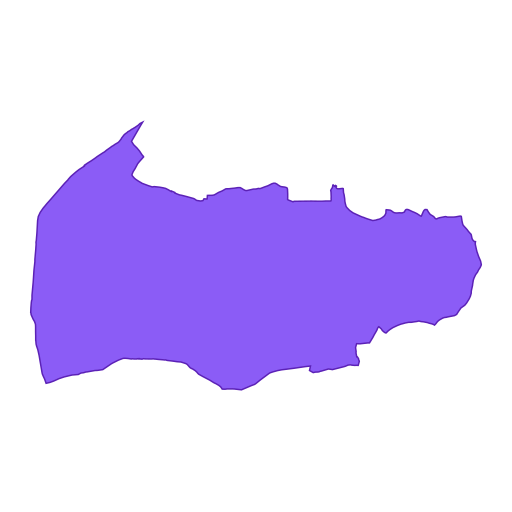 outline of Bang Khen, Bangkok Metropolis, Thailand
{"feature_id": "78962969B44452950449651", "entity_name": "Bang Khen", "entity_type": "district", "adm_level": 2, "iso_a3": "THA", "parent_name": "Thailand", "parent_adm1": "Bangkok Metropolis", "projection": "mercator", "projection_center": [100.635, 13.871], "detail": "fine", "context": "isolated", "style": "filled", "palette": "violet", "viewbox_px": 512, "rotation_deg": 0, "n_neighbors": 0, "source": "geoboundaries", "source_scale": "gbopen_adm2", "svg_char_len": 6000}
<svg xmlns="http://www.w3.org/2000/svg" viewBox="0 0 512 512"><path d="M475.5,241.6L474.2,241.4L473.2,240.5L472.4,239.3L472.0,238.4L471.3,235.0L471.0,234.2L470.1,233.3L468.5,231.5L467.1,229.6L465.4,227.7L464.0,226.2L463.0,224.9L462.6,223.7L462.0,221.0L461.3,216.4L461.0,216.2L460.3,216.1L459.3,216.2L455.5,216.9L453.2,217.1L447.6,217.1L445.7,216.6L445.3,216.6L439.6,217.7L438.0,218.2L436.9,218.8L436.1,218.9L435.3,218.5L434.0,216.9L433.6,216.5L430.2,214.4L428.5,212.2L427.0,209.6L425.1,209.5L424.0,210.4L423.3,211.6L421.4,216.0L421.2,216.2L420.4,215.9L417.1,213.7L414.4,212.4L412.2,211.5L408.7,209.8L407.8,209.5L406.7,209.4L406.0,209.6L405.5,210.0L404.9,210.9L404.4,212.0L402.5,212.8L401.4,212.9L399.5,212.8L396.8,213.0L395.3,212.9L393.8,212.5L392.9,211.9L391.4,210.8L390.3,210.2L389.2,210.0L386.2,209.7L386.0,210.1L385.9,213.1L385.2,214.6L384.7,215.4L383.9,216.3L381.9,217.8L380.0,218.9L378.7,219.3L377.6,219.5L375.8,220.1L373.1,220.5L372.6,220.5L367.5,218.9L366.1,218.4L365.8,218.3L363.6,217.4L362.5,217.1L360.3,216.2L353.1,212.9L349.7,210.5L347.0,207.7L346.1,206.5L345.2,203.1L344.8,201.0L344.8,200.1L344.7,198.8L344.1,194.8L343.5,192.5L343.3,189.4L343.2,188.6L342.6,188.4L339.0,188.8L338.1,188.8L337.3,188.7L336.6,188.3L336.1,187.6L336.1,186.9L336.5,186.2L336.4,186.0L335.5,185.4L335.3,185.5L335.0,186.2L334.6,186.3L333.1,184.9L332.8,185.2L332.6,186.6L332.3,187.7L331.1,189.5L330.7,190.5L331.0,191.9L331.2,197.1L331.1,198.1L331.2,199.9L330.9,200.9L330.3,201.0L326.0,201.0L322.4,201.2L317.6,201.2L311.3,201.1L294.2,201.3L293.8,201.4L293.0,201.8L288.3,200.0L287.6,199.5L287.7,197.8L287.7,193.9L287.5,189.4L287.3,188.5L287.0,187.9L286.2,187.5L284.8,187.1L281.7,186.7L280.4,186.4L277.7,184.7L277.0,184.1L275.1,183.2L273.7,183.2L272.0,183.7L267.8,185.8L264.6,186.9L260.7,188.4L259.7,188.6L258.4,188.4L256.1,189.0L253.3,189.1L247.1,190.5L246.3,190.6L245.1,190.4L243.1,189.3L241.9,188.5L240.2,187.6L238.0,187.6L234.8,188.1L230.8,188.5L229.4,188.7L226.1,188.8L225.5,189.0L222.2,190.9L218.6,192.4L214.3,194.9L212.4,195.3L207.4,195.4L207.1,198.9L206.4,199.0L204.0,198.8L203.3,200.0L202.9,200.6L202.5,200.7L201.3,200.9L200.4,201.0L196.6,200.4L194.6,199.0L193.6,198.5L186.8,196.6L181.7,195.3L179.5,194.9L174.9,193.1L174.9,192.5L171.4,191.0L171.2,191.5L168.4,189.8L165.6,188.4L163.1,187.8L159.7,187.2L154.2,186.6L152.2,186.9L148.2,185.6L143.1,183.7L141.4,183.0L141.2,182.7L139.4,181.7L137.8,180.7L135.7,179.3L134.4,178.2L132.3,175.8L132.0,175.1L132.0,174.6L132.3,173.7L133.2,171.6L135.1,168.6L136.7,165.6L137.7,163.7L139.5,161.5L143.6,156.9L143.5,156.5L142.0,154.8L139.5,151.0L136.8,147.8L133.9,145.0L133.3,144.2L131.5,141.3L140.8,125.2L142.6,122.2L140.0,123.5L138.1,125.3L136.0,126.7L135.1,127.4L134.4,127.7L133.1,128.6L131.5,129.4L129.8,130.7L127.9,131.7L127.0,132.6L125.4,133.7L124.1,134.8L121.5,138.2L121.2,138.9L120.4,140.0L119.0,141.7L118.0,142.6L115.2,144.2L112.6,146.0L111.9,146.3L110.2,147.6L106.5,150.2L104.4,152.0L103.4,152.5L97.0,156.7L95.6,157.8L91.4,160.7L87.1,163.4L85.8,164.4L85.5,164.4L84.3,165.4L84.6,165.8L84.5,166.0L79.1,169.5L75.9,172.0L71.1,176.2L70.2,177.1L68.2,179.4L68.0,179.8L64.7,183.2L49.7,200.5L47.0,203.5L43.1,208.2L40.2,212.4L38.3,216.5L37.6,220.6L36.9,233.3L36.3,240.4L36.0,242.1L36.1,244.3L35.8,248.9L34.9,259.4L34.9,261.6L34.0,269.9L33.2,282.1L32.2,293.0L32.0,295.3L32.0,299.5L31.6,300.5L31.3,302.5L30.9,307.7L30.7,312.7L31.0,313.2L31.1,314.6L33.1,319.1L34.4,321.3L35.0,322.8L35.5,324.5L35.6,326.8L35.6,331.7L35.7,335.9L35.7,340.4L35.8,340.5L36.1,344.1L36.6,346.1L37.8,349.6L39.1,355.4L42.0,372.4L42.3,373.9L43.4,376.5L44.5,378.8L46.1,383.3L50.0,382.4L52.2,381.6L53.8,381.0L59.1,378.6L64.2,376.9L72.1,375.0L78.3,374.5L80.4,373.3L81.2,373.0L83.7,372.7L85.8,372.0L87.1,371.9L95.0,370.5L97.5,370.4L102.8,369.6L111.3,363.8L112.9,362.9L118.5,360.1L122.7,358.5L123.8,358.3L125.5,358.3L128.0,358.5L131.3,359.0L132.4,358.8L134.4,359.0L136.5,359.0L136.8,359.0L137.2,358.7L137.4,358.7L138.3,359.0L138.8,358.6L139.0,358.5L139.3,358.6L139.7,359.0L139.9,359.1L140.4,358.9L141.2,359.1L142.3,359.1L143.5,358.7L145.0,358.9L150.5,359.0L152.0,359.0L153.2,358.8L154.0,359.0L155.6,359.1L158.2,359.4L163.2,359.8L164.8,360.0L165.7,359.9L167.0,360.4L173.0,361.1L177.0,361.7L180.9,362.0L185.0,363.3L186.3,363.8L187.3,364.5L189.9,367.5L190.5,367.9L191.2,368.4L192.5,368.9L195.3,370.7L197.0,372.3L197.6,373.1L198.7,374.2L202.8,376.5L209.7,380.1L213.2,382.3L214.4,383.0L215.6,383.5L218.9,385.4L220.6,386.8L221.2,387.6L222.2,389.1L224.6,389.2L226.1,389.1L226.8,388.9L232.5,388.9L234.4,389.0L237.0,389.3L241.5,389.8L251.6,385.5L254.6,384.4L255.8,383.6L260.5,379.8L269.5,373.1L270.2,372.8L272.8,371.9L277.5,370.6L281.6,369.8L293.6,368.3L305.3,366.6L310.5,366.0L309.5,370.5L313.2,372.6L315.3,372.1L318.0,372.0L319.1,371.8L320.2,371.3L321.3,371.1L328.4,369.0L330.0,369.2L332.4,369.6L344.2,366.6L345.5,366.2L348.0,365.1L349.1,365.0L350.3,364.8L351.6,365.1L354.6,365.4L356.4,365.3L358.2,365.4L359.3,361.4L359.1,360.6L358.6,359.5L358.5,358.6L357.4,356.9L356.9,357.0L356.7,356.7L356.4,355.0L356.0,353.1L356.1,351.4L355.6,347.9L355.6,347.4L356.6,343.7L359.9,343.8L368.0,342.9L369.5,342.9L372.9,337.3L374.3,334.6L375.6,332.4L377.0,329.9L377.5,328.4L378.4,327.0L378.8,326.7L381.2,328.8L382.4,330.6L383.3,331.4L384.5,332.4L385.6,332.9L386.0,333.0L386.7,332.4L387.6,331.4L389.8,329.6L392.9,327.6L397.6,325.4L401.0,324.1L402.7,323.7L405.1,323.0L408.7,322.3L411.3,322.3L413.8,321.9L416.8,321.5L418.9,321.0L421.1,321.6L423.5,321.8L427.5,322.6L429.2,323.2L432.0,323.9L433.4,324.4L434.5,325.1L435.7,323.9L437.3,321.8L437.9,321.2L439.5,319.9L442.7,318.1L444.4,317.5L446.2,317.3L447.8,316.9L454.5,315.6L456.7,314.4L456.9,313.9L458.6,311.3L460.9,308.0L464.9,305.1L466.6,303.0L469.2,298.8L470.4,296.2L471.2,293.3L471.3,291.0L472.5,285.6L472.7,283.9L473.3,280.2L474.0,278.1L475.6,274.7L477.5,272.1L478.7,269.6L479.4,268.7L480.2,267.4L480.8,266.1L481.2,265.1L481.3,264.6L480.6,261.1L478.7,256.7L476.9,251.5L476.5,249.8L475.5,245.3L475.3,244.3L475.3,242.8L475.5,241.6Z" fill="#8b5cf6" stroke="#5b21b6" stroke-width="1.5"/></svg>